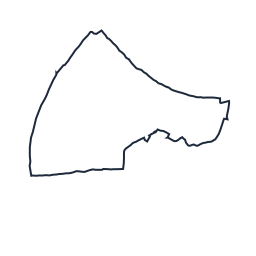 outline of Pikine, Dakar, Senegal, rotated 202°
{"feature_id": "50182788B8601261498481", "entity_name": "Pikine", "entity_type": "district", "adm_level": 2, "iso_a3": "SEN", "parent_name": "Senegal", "parent_adm1": "Dakar", "projection": "natural_earth1", "projection_center": [-17.365, 14.773], "detail": "fine", "context": "isolated", "style": "outline", "palette": "slate", "viewbox_px": 256, "rotation_deg": 202, "n_neighbors": 0, "source": "geoboundaries", "source_scale": "gbopen_adm2", "svg_char_len": 2737}
<svg xmlns="http://www.w3.org/2000/svg" viewBox="0 0 256 256"><g transform="rotate(202 128 128)"><path d="M53.8,190.0L54.7,189.6L57.5,189.0L60.5,188.1L62.4,187.4L63.5,186.9L66.1,185.9L69.6,184.3L72.1,183.8L73.0,183.4L74.2,182.9L74.8,182.7L75.9,182.3L79.1,182.0L83.5,181.1L86.5,181.1L89.1,180.9L91.3,180.8L92.8,180.5L96.8,180.1L99.3,179.9L102.3,179.9L105.0,180.7L106.8,180.8L107.0,180.5L109.6,180.7L113.4,181.2L116.6,180.9L119.3,181.9L122.3,182.2L125.9,183.3L128.7,184.1L131.1,185.2L134.0,185.6L137.4,186.9L138.1,186.8L138.5,186.8L139.9,186.6L142.5,186.5L144.7,187.5L148.5,189.3L152.8,191.9L152.8,192.0L153.0,192.0L156.1,192.5L159.2,194.8L162.3,195.9L165.0,196.5L168.4,198.9L170.9,200.1L173.8,201.1L176.2,202.4L179.1,203.5L181.0,203.6L183.4,205.5L186.5,207.0L189.0,208.5L192.6,203.4L195.1,202.8L197.2,203.6L198.8,203.0L199.9,198.8L202.5,192.5L203.5,187.6L204.3,184.7L206.0,180.4L206.6,177.4L207.1,175.0L208.0,171.3L208.6,167.8L209.1,166.4L210.2,162.7L211.4,161.9L214.6,152.0L215.1,152.3L214.4,150.6L215.3,144.4L215.8,133.8L215.7,129.0L215.9,124.6L217.0,116.6L216.8,102.5L214.8,89.1L214.3,82.7L211.8,73.3L208.6,65.4L208.3,64.8L206.0,60.4L205.0,56.0L199.8,47.5L198.5,48.3L196.8,48.8L194.6,49.6L192.7,50.7L189.9,51.7L187.0,53.3L182.9,54.7L180.0,56.6L176.7,58.2L174.5,59.6L171.7,60.9L168.6,62.7L167.5,63.2L165.2,64.2L162.4,66.2L159.7,68.6L157.8,69.3L154.6,70.1L151.8,71.0L149.8,72.8L147.6,74.7L145.2,76.4L142.2,77.2L139.6,78.2L136.3,79.6L135.6,80.7L131.6,82.2L128.0,83.3L127.2,83.8L125.4,84.6L121.6,86.2L118.9,87.4L117.2,88.2L118.7,93.7L120.8,99.5L121.9,102.1L122.4,103.5L122.7,104.2L122.8,104.7L122.9,105.3L122.9,105.9L122.8,106.8L122.5,107.4L122.3,108.1L121.9,108.9L121.6,109.2L118.9,113.5L118.1,115.6L117.5,116.3L115.3,118.4L114.3,119.6L113.9,120.2L112.0,122.3L111.7,122.8L109.9,124.5L109.5,125.0L108.0,123.2L106.1,122.9L105.2,122.7L105.1,123.9L104.7,126.6L104.5,128.2L105.6,128.9L104.0,130.9L104.1,131.0L101.7,133.6L102.2,134.0L101.4,135.1L100.7,134.9L100.0,137.7L96.8,137.7L94.1,138.5L91.3,138.3L87.6,137.8L87.7,134.3L88.0,133.8L87.5,134.0L85.7,133.8L83.3,133.5L81.1,133.2L80.2,133.2L79.5,133.4L78.5,133.9L77.3,135.2L75.8,137.8L75.5,138.5L75.4,138.6L75.0,138.8L74.9,138.9L74.5,139.5L74.3,139.8L72.5,138.9L70.8,138.6L68.8,136.2L66.3,134.7L65.5,134.4L64.8,134.4L63.6,135.0L61.8,136.7L60.6,137.4L60.0,137.2L59.0,137.2L58.0,137.3L57.0,137.5L55.9,138.7L54.9,140.0L53.1,141.9L51.5,143.0L50.4,143.6L48.8,144.9L46.6,146.0L45.3,146.9L44.6,147.8L43.8,149.1L42.9,150.0L42.4,152.1L41.7,155.8L41.6,157.1L41.7,161.4L42.0,165.9L42.4,171.5L42.4,172.6L41.6,172.8L39.0,173.3L39.8,174.4L40.5,175.0L41.2,178.0L42.0,182.7L42.9,186.4L43.6,189.1L44.1,190.2L44.5,190.9L51.8,185.5L51.8,185.4L53.8,190.0Z" fill="none" stroke="#1e293b" stroke-width="2"/></g></svg>